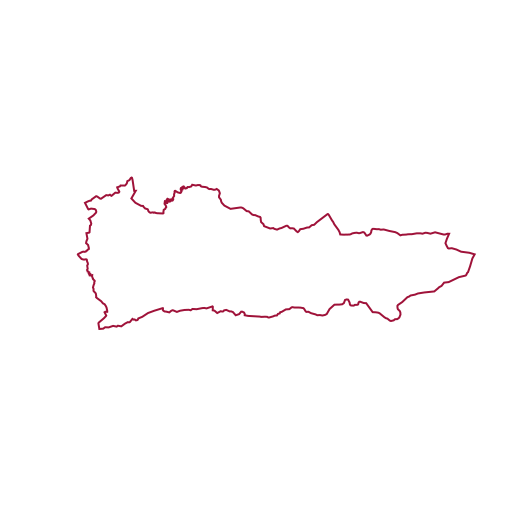 Thach Thanh, Thanh Hóa, Vietnam (Albers equal-area conic projection), rotated 139°
{"feature_id": "81297802B70743667519193", "entity_name": "Thach Thanh", "entity_type": "district", "adm_level": 2, "iso_a3": "VNM", "parent_name": "Vietnam", "parent_adm1": "Thanh Hóa", "projection": "albers", "projection_center": [105.627, 20.211], "detail": "fine", "context": "isolated", "style": "outline", "palette": "rose", "viewbox_px": 512, "rotation_deg": 139, "n_neighbors": 0, "source": "geoboundaries", "source_scale": "gbopen_adm2", "svg_char_len": 6158}
<svg xmlns="http://www.w3.org/2000/svg" viewBox="0 0 512 512"><g transform="rotate(139 256 256)"><path d="M95.7,146.1L96.9,147.2L99.1,148.1L100.3,149.1L105.3,156.4L109.7,158.4L111.7,161.2L113.0,162.5L115.7,163.6L117.0,165.2L119.9,167.7L124.2,170.3L126.9,172.6L128.7,173.7L131.6,176.0L133.5,176.9L134.3,180.6L135.3,182.7L139.0,187.5L141.7,191.5L142.3,192.3L144.6,194.0L145.6,195.6L147.4,197.1L148.9,198.8L150.1,199.9L150.6,200.0L152.1,199.6L153.5,198.4L154.9,197.8L156.1,197.7L158.7,198.4L159.3,199.0L158.9,202.3L159.0,203.0L159.6,203.9L162.7,205.2L163.4,205.7L164.7,207.5L166.2,208.6L168.5,209.9L170.3,210.3L171.4,210.9L176.1,214.8L178.3,217.0L177.3,219.1L176.7,221.6L176.1,228.6L175.4,231.2L175.3,232.9L174.1,239.2L174.1,240.3L174.5,240.7L187.8,241.6L191.6,241.4L193.8,242.7L197.1,242.7L198.8,244.0L202.4,245.5L205.0,247.2L207.3,246.6L208.8,246.6L209.2,247.9L209.4,251.9L210.5,253.2L212.0,254.4L212.4,256.1L212.4,258.0L212.7,258.5L213.5,259.0L218.4,260.4L220.1,261.3L222.8,262.1L224.4,264.5L224.6,265.7L227.3,267.5L230.3,273.2L229.5,275.1L229.9,278.2L228.9,279.9L227.4,281.9L227.3,282.8L228.4,284.4L229.8,287.4L230.9,288.4L231.7,289.8L232.2,294.5L233.6,296.0L234.3,300.3L234.7,301.3L235.4,302.4L236.3,303.1L244.3,308.3L246.8,314.8L246.9,318.6L246.5,320.0L245.6,321.6L245.4,324.5L244.5,325.6L242.1,327.1L241.2,329.4L241.1,329.9L241.7,332.4L243.0,332.7L244.3,333.5L246.0,336.1L247.3,337.1L247.7,337.9L248.0,339.8L249.1,341.4L251.3,343.7L251.8,344.6L251.9,344.9L251.6,345.8L252.0,346.5L253.5,347.8L255.1,348.6L257.4,351.6L259.2,351.0L261.3,351.9L262.3,352.9L263.3,352.9L263.7,352.6L265.1,353.3L264.9,354.8L265.2,355.1L264.9,355.8L265.2,356.2L265.5,356.2L265.8,355.6L266.6,354.8L267.5,355.0L267.5,355.3L267.3,355.5L266.6,355.4L266.0,355.9L266.0,356.2L266.7,356.4L267.3,355.9L268.0,356.5L268.4,356.4L269.0,355.8L268.8,355.5L267.8,355.5L268.1,354.4L269.3,354.6L269.9,354.3L269.9,353.6L271.1,353.1L271.9,353.3L273.3,355.3L274.2,358.2L274.6,358.4L275.2,358.1L275.9,357.1L277.3,356.4L278.4,355.0L281.4,354.2L281.1,353.8L281.1,353.2L282.0,352.7L282.6,352.6L283.2,352.9L283.5,354.6L284.2,354.5L285.0,353.5L285.4,353.6L285.9,354.1L285.9,355.7L284.7,356.1L285.3,357.3L286.4,357.1L287.1,355.2L287.9,354.3L288.2,354.2L288.7,354.5L288.9,355.0L288.3,356.8L288.7,357.2L289.0,357.0L290.8,355.4L291.0,353.3L291.6,351.8L292.6,351.6L293.6,351.1L295.3,351.4L297.0,350.0L297.6,349.1L298.3,349.1L302.6,353.2L303.5,354.4L303.8,355.3L304.7,355.6L305.1,356.5L307.4,358.0L307.8,359.5L307.7,360.7L307.3,361.5L307.1,362.4L308.5,364.6L308.6,366.9L308.4,367.9L309.8,369.2L312.1,375.3L312.3,381.2L304.0,384.1L305.2,385.1L299.2,394.5L298.3,396.4L298.4,396.8L299.3,397.0L301.8,396.3L304.0,396.9L305.4,395.8L306.4,395.4L308.4,395.1L308.9,395.3L312.0,398.1L313.0,397.8L315.7,398.9L316.2,397.7L316.9,394.3L317.3,394.0L318.1,393.9L319.3,394.7L320.6,396.1L325.6,396.2L325.8,396.6L326.0,398.1L327.7,398.6L329.1,400.2L335.4,400.9L336.0,401.6L336.8,405.0L337.4,406.0L342.8,406.5L344.3,406.1L345.4,406.9L347.1,407.5L350.2,408.3L351.9,401.5L351.8,401.0L349.4,400.0L346.9,397.2L346.7,395.9L347.0,395.1L347.5,394.2L348.2,393.7L352.1,393.3L357.7,393.9L357.7,391.5L359.1,388.5L360.3,387.7L361.4,387.8L366.1,383.1L366.6,383.1L369.0,384.5L371.9,379.6L374.3,378.4L375.8,377.2L375.5,374.5L377.0,371.5L377.7,370.9L378.8,371.2L379.8,370.9L380.5,371.2L381.6,371.0L382.9,371.8L383.5,372.6L384.6,373.1L389.1,374.2L389.5,374.0L389.7,372.4L389.6,368.2L388.6,366.6L388.0,366.0L386.4,365.0L386.1,364.3L387.0,362.8L387.6,361.0L388.2,360.1L389.7,359.5L391.4,356.8L392.7,356.3L392.7,355.5L393.3,354.8L392.5,353.0L392.8,352.7L393.7,352.6L393.8,352.3L392.9,351.3L392.8,350.9L393.1,350.6L394.2,350.7L394.3,350.5L393.5,349.7L392.2,349.0L393.2,348.0L393.7,346.5L394.0,346.0L393.9,345.7L394.2,345.2L394.0,343.7L394.1,342.9L395.2,342.4L396.0,341.4L397.6,340.6L399.7,339.2L400.2,337.7L401.1,336.8L401.6,335.9L401.4,333.6L401.6,332.6L403.0,330.4L403.7,329.9L403.7,329.0L402.5,323.4L402.6,320.7L401.9,318.9L402.2,316.6L402.7,315.0L404.4,312.0L404.9,311.5L406.3,312.8L407.2,312.9L408.1,309.3L408.6,309.1L411.7,308.8L418.4,308.9L419.1,308.6L422.1,303.7L419.0,301.4L416.6,301.2L414.1,298.8L409.7,297.0L407.5,294.1L406.0,294.0L403.8,291.3L399.2,290.9L396.2,290.2L395.3,289.2L394.6,288.9L390.5,289.6L390.2,288.4L389.2,287.7L388.9,286.2L387.6,285.5L386.9,285.5L385.8,286.1L381.7,284.7L374.9,283.8L368.6,281.4L360.7,277.9L360.5,277.6L361.7,276.4L361.8,275.4L361.3,274.0L360.4,273.1L358.4,270.3L356.3,270.3L354.7,269.9L354.2,269.4L352.4,265.7L349.2,264.5L345.4,262.2L342.0,259.5L340.9,257.9L338.7,257.7L335.7,254.8L330.7,251.9L329.1,250.7L327.7,248.9L321.9,246.5L321.9,246.0L324.3,243.4L323.2,242.0L322.7,238.4L318.9,237.5L317.9,236.2L317.0,235.7L315.7,235.9L313.8,234.8L312.2,231.4L311.1,230.5L310.2,228.8L310.2,224.6L306.9,223.2L303.7,223.7L302.9,223.0L302.1,221.1L302.6,219.5L303.4,218.7L301.3,216.0L293.0,207.9L292.0,206.6L289.2,204.4L287.5,202.8L287.1,201.6L286.5,201.0L282.7,199.2L281.0,198.7L279.2,197.4L277.4,197.9L275.8,197.1L274.6,197.7L273.3,197.0L268.5,196.1L265.7,194.0L263.0,193.9L262.2,193.6L260.7,191.8L256.5,188.1L254.4,185.5L254.4,184.2L254.8,182.0L254.7,180.8L253.0,179.5L252.0,176.8L249.4,172.9L248.6,171.1L246.5,169.5L244.9,167.5L242.5,166.2L240.7,165.8L235.3,167.7L229.0,167.8L228.6,167.7L224.9,164.6L222.6,163.0L220.6,162.8L217.6,164.4L216.0,163.7L215.1,162.6L215.9,159.5L216.9,157.8L217.0,156.8L216.5,156.0L214.7,154.4L213.5,154.3L211.7,152.8L211.0,152.5L210.6,152.5L209.1,153.6L208.0,153.7L207.4,153.2L205.6,149.9L203.8,148.1L204.8,137.1L202.5,134.9L200.9,133.0L200.3,131.7L199.3,125.7L198.8,123.9L197.9,122.5L197.4,119.5L196.8,118.4L194.3,117.1L192.6,117.1L190.8,115.7L189.2,115.5L188.1,115.6L185.4,117.0L184.1,118.7L183.6,120.1L183.8,122.8L183.3,123.9L182.0,125.6L180.9,125.9L175.9,125.3L168.7,125.6L167.3,125.0L165.3,124.8L161.3,122.5L158.4,121.5L152.8,118.0L144.7,112.3L139.9,112.2L138.3,112.3L135.6,111.7L131.5,112.5L127.7,109.9L116.7,106.9L111.2,104.0L110.5,103.7L109.7,103.8L107.7,104.7L106.6,104.7L101.3,107.7L94.3,112.2L89.9,113.8L92.9,118.5L98.4,124.7L100.5,129.4L103.1,133.4L105.6,135.2L106.0,136.0L105.4,138.8L104.6,141.4L100.7,143.7L95.7,146.1Z" fill="none" stroke="#9f1239" stroke-width="2"/></g></svg>